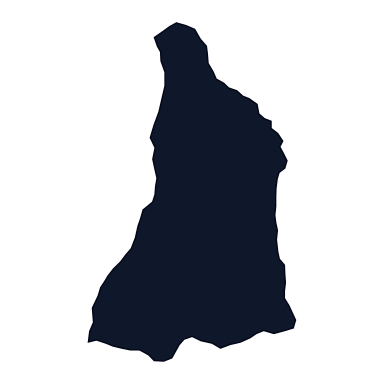 Santo Expedito, São Paulo, Brazil
{"feature_id": "56859067B72387481715012", "entity_name": "Santo Expedito", "entity_type": "district", "adm_level": 2, "iso_a3": "BRA", "parent_name": "Brazil", "parent_adm1": "São Paulo", "projection": "orthographic", "projection_center": [-51.369, -21.812], "detail": "fine", "context": "isolated", "style": "filled", "palette": "ink", "viewbox_px": 384, "rotation_deg": 0, "n_neighbors": 0, "source": "geoboundaries", "source_scale": "gbopen_adm2", "svg_char_len": 1363}
<svg xmlns="http://www.w3.org/2000/svg" viewBox="0 0 384 384"><path d="M293.2,327.9L295.5,320.1L291.9,312.3L288.9,305.8L284.3,298.3L284.3,290.9L285.3,282.7L284.7,274.3L284.3,265.1L279.2,259.1L277.6,251.4L276.3,239.6L277.3,230.4L275.6,222.5L274.7,215.1L275.6,206.4L275.6,196.4L275.9,188.2L277.1,178.8L279.0,172.4L284.7,168.1L286.9,160.7L283.5,153.9L279.7,146.8L282.6,141.1L277.7,133.6L271.0,128.4L271.0,121.3L264.4,118.8L258.7,113.8L257.0,104.4L249.1,98.8L242.8,96.3L236.8,90.9L228.5,88.0L223.8,83.4L216.1,79.1L213.1,72.0L208.0,63.4L207.2,53.3L206.3,46.2L200.3,39.3L194.6,29.4L186.2,25.8L176.4,23.0L170.0,26.5L163.7,31.1L154.5,37.5L157.5,46.2L160.7,51.9L161.1,60.9L165.1,72.2L165.1,85.9L162.0,99.1L159.1,111.7L154.1,125.3L150.4,137.7L155.2,147.8L152.9,159.2L155.2,169.9L157.1,178.1L155.7,186.5L155.1,194.6L152.7,202.1L143.2,209.9L140.6,219.0L138.1,226.1L135.5,237.9L131.3,248.7L126.0,254.8L120.7,261.9L113.5,269.0L108.0,276.1L104.8,281.5L100.8,287.5L98.3,295.8L92.5,308.0L93.6,322.4L89.8,331.3L88.5,341.9L96.4,339.9L106.1,343.1L112.9,345.9L122.0,348.1L130.6,349.8L139.6,349.8L148.7,354.8L154.2,360.5L163.7,361.0L171.8,357.8L175.4,351.3L179.0,344.8L184.0,339.1L192.1,336.3L201.0,340.6L212.2,343.1L220.5,348.0L230.1,344.4L240.4,342.0L250.0,337.7L256.3,333.4L263.7,330.4L273.9,333.4L284.3,330.6L293.2,327.9Z" fill="#0f172a" stroke="#020617" stroke-width="1.5"/></svg>